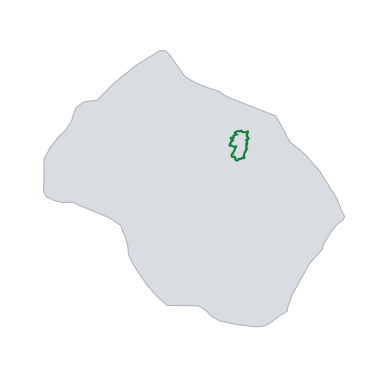 location of Tebe-Tebe, Berea, Lesotho, rotated 80°
{"feature_id": "5366337B30705161784886", "entity_name": "Tebe-Tebe", "entity_type": "district", "adm_level": 2, "iso_a3": "LSO", "parent_name": "Lesotho", "parent_adm1": "Berea", "projection": "albers", "projection_center": [27.887, -29.222], "detail": "fine", "context": "in_parent", "style": "outline", "palette": "green", "viewbox_px": 384, "rotation_deg": 80, "n_neighbors": 0, "source": "geoboundaries", "source_scale": "gbopen_adm2", "svg_char_len": 5557}
<svg xmlns="http://www.w3.org/2000/svg" viewBox="0 0 384 384"><g transform="rotate(80 192 192)"><path d="M254.8,261.8L243.7,265.2L242.2,265.5L235.1,264.6L225.6,265.4L218.2,267.3L212.4,268.0L203.0,278.0L185.8,305.1L181.3,310.8L180.0,321.5L176.0,329.9L171.2,336.5L166.4,338.1L152.2,335.4L134.1,332.1L123.5,323.9L114.0,313.2L109.0,305.3L103.8,301.1L102.0,298.7L94.6,295.1L91.8,293.2L89.3,291.9L86.3,286.7L84.5,282.2L85.2,269.6L79.9,262.1L70.9,249.3L65.1,238.8L57.3,224.5L52.4,212.3L47.4,199.6L48.0,194.1L52.7,190.4L66.5,183.9L77.2,178.9L84.9,169.8L93.3,156.2L97.3,148.1L101.4,144.3L105.9,138.6L113.6,125.8L122.3,111.7L131.6,96.5L143.4,92.1L159.5,87.0L175.0,73.8L193.4,62.7L223.3,50.7L237.2,47.7L242.5,45.9L245.8,48.2L249.3,55.2L254.4,61.0L266.0,71.2L271.0,73.7L283.0,88.8L295.8,99.2L310.6,111.1L320.7,117.1L325.8,118.8L330.0,129.3L334.2,137.2L336.6,144.5L336.0,151.6L331.1,168.9L324.1,186.5L318.5,193.8L311.8,198.4L305.2,205.3L302.5,219.5L299.4,236.2L290.8,243.0L284.2,247.5L275.0,252.9L254.8,261.8Z" fill="#d9dde1" stroke="#a8b0b8" stroke-width="1"/><path d="M164.6,145.8L164.6,145.5L164.6,144.8L164.4,144.4L164.4,144.2L164.5,143.9L164.8,143.8L165.1,143.7L165.5,143.4L165.8,143.3L166.3,143.3L166.5,143.4L166.6,143.7L166.8,143.7L167.0,143.8L167.3,143.8L167.5,143.8L168.6,143.0L168.7,142.4L169.0,141.8L169.0,141.7L168.8,141.2L168.5,141.2L168.2,140.9L167.9,140.6L167.5,140.3L167.5,140.0L167.7,139.5L167.6,139.0L167.7,138.9L167.7,138.7L167.9,138.4L167.9,138.0L167.8,137.9L167.8,137.6L167.7,137.5L167.5,137.2L167.3,137.1L167.4,136.9L167.2,136.6L167.2,136.4L167.5,136.5L167.5,136.4L167.4,136.3L167.4,136.2L167.2,136.1L167.2,135.9L167.3,135.3L167.5,135.2L167.5,134.8L167.6,134.7L167.2,134.4L167.0,134.5L166.7,134.4L166.7,134.5L166.3,134.9L166.1,134.9L165.8,135.0L165.5,134.9L165.4,134.8L165.1,134.7L164.7,134.5L164.4,134.5L164.0,134.3L163.9,134.2L163.6,133.8L163.5,133.7L163.3,133.7L163.0,133.6L162.8,133.4L162.6,133.4L162.3,133.0L162.1,133.1L161.9,132.9L161.7,132.7L161.5,132.4L161.4,132.3L161.1,132.4L160.9,132.0L160.6,132.0L160.5,131.9L160.4,131.8L160.0,131.7L159.9,131.6L159.7,131.4L159.7,131.2L159.6,131.3L159.5,131.2L159.4,131.3L159.0,131.2L158.8,130.8L158.6,130.8L158.4,130.7L158.1,130.7L157.8,130.5L157.7,130.6L157.3,130.5L157.1,130.8L156.8,130.9L156.7,130.8L156.7,130.6L156.5,130.4L156.4,130.4L156.4,130.5L156.1,130.4L155.8,130.4L155.6,130.3L155.5,130.2L155.3,129.9L155.1,129.9L154.8,129.8L154.7,129.9L154.6,129.7L154.4,129.4L154.3,129.5L154.3,129.4L154.2,129.2L154.0,129.3L153.6,129.4L153.4,129.3L153.3,129.2L153.2,129.1L152.9,129.0L152.7,129.0L152.3,129.1L152.2,129.2L152.0,129.3L151.9,129.2L151.8,129.3L151.7,129.2L151.5,129.3L151.2,129.3L151.2,129.2L150.9,129.2L150.8,129.3L150.7,129.4L150.6,129.5L150.3,129.6L150.3,129.0L150.1,129.1L150.0,128.7L150.0,128.3L149.9,128.3L149.7,128.0L149.7,127.8L149.8,127.8L149.6,127.6L149.5,127.4L149.4,127.6L149.2,127.5L148.9,127.6L148.7,127.5L148.7,127.4L148.6,127.5L148.4,127.5L148.2,127.7L148.1,127.4L148.1,127.5L147.8,127.5L147.8,127.8L147.7,127.9L147.5,128.0L147.4,128.0L147.3,127.9L147.2,128.1L146.7,128.2L146.7,128.3L146.4,128.3L146.1,128.3L146.0,128.2L145.9,128.1L146.0,128.0L145.9,128.0L145.7,127.9L145.6,128.0L145.4,128.1L145.3,127.9L145.2,128.0L144.6,127.7L144.3,127.9L144.2,127.8L144.0,127.7L143.9,127.7L143.8,127.2L143.2,127.1L143.1,126.7L142.9,126.4L142.6,126.6L142.6,126.8L142.4,126.8L142.5,126.9L142.5,127.0L142.4,127.2L142.5,127.4L142.5,127.5L142.4,127.6L142.4,127.8L142.3,128.0L142.4,128.5L142.3,128.8L142.3,129.0L142.3,129.5L142.3,129.8L142.2,130.1L142.1,130.4L142.1,130.7L141.9,130.9L141.9,131.0L141.8,131.4L141.8,131.5L141.8,131.9L141.4,132.0L141.1,132.3L140.8,132.3L140.6,132.3L140.3,132.6L140.1,132.9L140.1,133.1L140.2,133.4L140.2,133.5L140.5,133.7L140.5,133.8L140.5,134.0L140.6,134.3L140.6,134.5L140.5,134.9L140.4,135.1L140.1,135.3L140.0,135.6L139.9,136.1L139.9,136.4L140.0,136.6L140.1,136.8L140.2,137.1L140.2,137.3L140.3,137.5L140.3,138.2L140.4,138.8L140.6,139.2L140.8,139.3L140.9,139.5L141.5,139.6L141.7,139.4L142.0,139.3L142.2,139.1L142.4,138.7L142.7,138.4L142.9,138.2L143.1,138.0L143.1,138.3L143.0,139.1L143.1,139.3L143.3,139.4L143.3,140.1L143.4,140.5L143.5,141.1L143.7,141.4L143.8,141.5L144.2,141.6L144.6,141.5L145.0,141.2L145.4,141.4L145.5,141.6L145.7,141.8L145.7,142.1L145.8,142.4L145.7,142.7L145.8,143.0L145.6,143.4L145.5,143.9L145.5,144.0L145.3,144.0L145.2,144.3L145.6,144.6L146.1,144.5L146.3,144.3L146.3,144.2L146.2,144.1L145.8,144.1L145.8,143.8L146.2,143.9L146.4,143.8L146.4,143.6L146.5,143.3L146.5,143.2L146.4,143.0L146.4,142.9L146.5,142.9L147.0,142.7L147.1,142.9L147.3,142.9L147.6,142.7L147.6,142.8L147.8,143.1L148.0,143.1L148.4,143.2L148.4,143.3L148.6,143.5L148.8,143.8L148.8,144.0L149.0,143.9L149.1,144.1L149.3,144.3L149.3,144.5L149.5,144.5L150.0,145.1L150.3,145.3L150.4,145.5L150.6,145.8L150.9,146.0L151.0,146.2L151.3,146.3L151.5,146.4L151.9,146.7L152.4,146.7L152.6,146.7L153.0,146.7L152.9,146.2L152.7,145.5L152.8,145.3L152.9,145.1L153.3,145.0L153.8,144.6L154.0,144.0L154.3,143.6L154.5,142.9L154.7,142.1L154.7,141.0L154.6,140.6L154.8,140.4L155.0,140.4L155.4,140.8L155.3,141.2L155.3,141.5L155.2,141.6L155.3,141.7L155.5,141.7L155.6,141.4L155.8,141.4L156.0,141.6L156.0,142.0L156.4,142.2L156.6,142.3L156.9,142.4L157.1,142.3L157.9,142.6L158.4,142.8L158.7,143.2L158.9,143.2L159.2,143.5L159.3,143.6L159.5,143.7L159.6,143.9L160.1,144.5L160.3,144.7L160.6,144.8L160.9,145.1L161.0,145.1L160.9,145.3L161.0,145.6L161.4,146.1L161.7,146.0L162.1,146.5L162.6,146.5L163.2,146.8L163.5,146.6L163.8,146.6L164.2,146.5L164.4,146.4L164.6,145.8Z" fill="none" stroke="#15803d" stroke-width="2"/></g></svg>